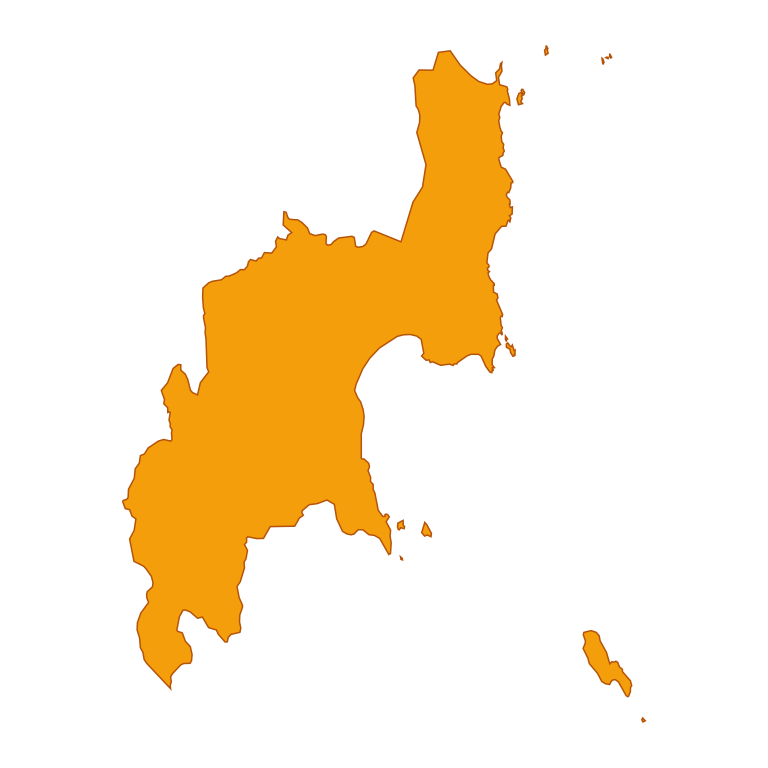 Quy Nhon, Bình Định, Vietnam (Natural Earth projection)
{"feature_id": "81297802B6190272756602", "entity_name": "Quy Nhon", "entity_type": "district", "adm_level": 2, "iso_a3": "VNM", "parent_name": "Vietnam", "parent_adm1": "Bình Định", "projection": "natural_earth1", "projection_center": [109.246, 13.749], "detail": "fine", "context": "isolated", "style": "filled", "palette": "amber", "viewbox_px": 768, "rotation_deg": 0, "n_neighbors": 0, "source": "geoboundaries", "source_scale": "gbopen_adm2", "svg_char_len": 6055}
<svg xmlns="http://www.w3.org/2000/svg" viewBox="0 0 768 768"><path d="M438.4,52.4L433.0,70.2L419.0,70.0L413.2,78.0L414.9,85.7L416.1,105.9L418.3,109.5L419.8,114.9L419.6,122.4L416.8,132.5L426.0,164.6L422.5,187.1L413.0,202.1L401.0,241.8L374.0,230.9L371.5,232.5L365.9,244.2L362.7,246.5L358.2,247.3L355.7,246.3L354.2,237.4L351.9,236.3L338.7,238.0L334.1,241.2L331.0,244.6L327.7,245.2L326.0,243.6L326.4,236.5L325.3,234.7L322.6,234.1L315.1,235.6L309.7,233.6L307.5,228.0L301.9,222.5L297.8,219.9L289.6,219.3L287.9,217.5L286.1,212.3L283.9,211.7L283.2,225.0L291.7,232.6L288.0,235.1L286.4,239.9L279.6,238.6L277.7,237.0L275.6,241.2L276.4,246.8L271.7,253.1L264.4,252.6L261.6,257.9L258.5,258.2L256.1,261.1L250.5,259.5L248.5,261.8L247.4,266.2L244.3,269.7L240.4,269.6L236.4,272.9L228.6,276.3L225.9,276.2L221.4,279.8L212.3,281.3L208.6,282.9L203.0,288.0L202.6,296.7L203.4,308.0L204.9,313.6L203.6,315.4L203.5,317.6L205.5,327.6L205.1,332.8L206.0,338.7L207.0,367.5L208.7,371.9L200.4,382.6L197.5,394.9L192.5,392.6L190.4,390.0L187.8,379.7L185.2,374.0L180.8,370.2L180.8,364.7L178.0,364.5L173.1,368.5L167.6,382.8L161.3,390.4L164.5,399.5L163.8,403.8L167.7,407.7L167.8,412.5L169.6,411.8L170.2,412.5L169.0,420.2L170.2,423.2L170.2,427.0L172.1,429.9L171.5,433.2L172.0,439.4L171.0,441.1L163.5,439.5L158.4,441.1L148.2,447.9L144.4,454.0L140.4,455.6L139.3,463.1L135.2,468.8L134.3,478.3L128.5,489.2L128.1,497.6L126.5,499.5L123.4,500.3L122.7,501.6L125.3,508.7L129.6,509.6L132.0,516.1L135.9,518.9L134.1,530.6L129.6,539.0L134.0,561.4L143.5,566.1L146.1,568.9L151.4,576.4L153.0,582.6L152.5,586.8L147.3,591.6L146.6,594.3L146.9,598.1L148.6,602.4L140.8,613.1L137.4,622.7L137.1,629.9L139.6,638.0L140.4,647.7L142.9,652.4L144.2,659.6L146.7,663.3L170.6,688.7L170.2,685.6L171.3,681.8L170.6,677.0L172.3,673.9L180.7,664.9L183.7,663.5L190.1,663.3L191.5,660.7L192.1,654.7L190.3,646.6L185.4,641.3L182.3,632.9L177.8,631.4L176.8,630.1L179.4,616.8L182.8,610.4L185.2,609.9L190.3,611.9L197.5,618.2L202.4,617.1L208.6,627.6L216.4,630.0L218.2,634.1L225.1,642.0L227.3,641.8L228.3,637.3L231.0,634.4L239.9,632.3L240.8,628.2L239.5,621.8L239.8,614.9L242.5,607.2L242.4,605.0L239.2,597.8L237.0,586.5L240.3,581.6L244.5,567.8L244.0,562.3L246.0,558.8L247.5,550.3L244.5,544.6L246.6,542.1L246.6,537.8L247.8,536.8L256.8,538.6L263.5,538.4L270.2,526.6L294.7,526.2L299.4,518.0L303.3,515.3L301.8,512.4L302.3,510.6L309.2,504.7L317.4,503.6L327.0,500.0L334.3,504.3L336.7,518.8L342.5,531.3L346.8,533.9L351.1,534.8L354.1,534.0L358.1,529.8L362.9,529.8L368.9,534.7L374.4,535.4L379.7,538.4L388.8,554.5L390.5,553.5L391.2,543.0L390.1,536.1L390.6,530.1L386.1,521.7L389.3,516.9L387.6,514.6L386.0,514.1L385.0,514.5L385.1,516.4L382.7,516.4L378.2,510.2L374.9,493.1L373.1,489.4L373.2,484.5L370.5,481.5L370.6,477.3L368.0,470.7L369.5,466.7L368.7,463.3L364.1,459.0L361.7,458.9L361.3,458.1L361.3,433.8L363.5,424.6L364.1,416.2L363.1,409.5L360.6,401.8L357.8,398.0L354.6,390.6L356.1,384.3L362.7,368.9L369.7,358.3L379.3,348.1L397.2,336.4L403.3,334.8L410.4,334.5L416.9,336.1L421.2,339.4L423.8,353.3L421.6,356.0L426.0,360.2L429.3,360.0L430.2,362.5L432.6,361.8L440.7,365.3L449.5,364.1L453.1,365.5L454.2,363.8L456.9,364.0L457.3,362.7L467.0,355.9L471.1,354.3L478.5,354.3L481.1,356.1L485.7,366.3L489.8,372.0L491.8,372.7L492.3,369.7L493.5,370.8L492.4,367.8L494.4,367.6L492.2,364.9L492.2,359.1L493.8,356.1L495.0,349.7L497.7,346.1L500.6,344.5L497.2,338.4L497.2,336.1L499.0,333.3L500.3,333.0L501.8,334.7L502.3,334.2L502.0,332.1L501.0,331.4L502.4,327.6L501.1,325.3L500.3,317.7L501.3,316.0L502.2,316.4L502.6,314.5L496.5,300.1L497.9,297.9L497.2,294.0L493.5,292.1L493.4,285.4L494.3,285.3L494.2,283.6L490.6,279.8L488.6,275.9L488.1,272.9L489.5,271.6L487.7,270.3L487.5,268.0L488.9,267.1L489.0,265.5L486.9,262.7L488.0,253.0L491.5,249.0L495.1,234.0L501.5,226.4L506.0,226.2L508.0,220.6L509.4,220.0L509.4,221.2L509.9,221.8L510.8,217.8L509.4,215.8L512.1,214.1L512.4,206.9L510.3,207.6L509.3,204.2L510.2,204.0L509.9,200.0L506.8,196.7L506.4,194.3L507.8,192.1L508.8,192.6L510.7,187.9L511.1,182.9L512.7,182.6L512.8,181.4L505.5,169.1L501.2,167.2L498.8,159.2L499.0,157.6L503.0,155.2L503.0,153.2L504.3,151.1L503.1,147.7L503.7,144.3L501.8,141.7L501.2,136.3L502.5,132.6L501.2,131.3L499.9,127.3L498.7,121.0L499.8,117.4L498.8,114.2L501.2,106.3L504.0,102.7L505.5,102.4L506.9,104.1L509.9,105.3L509.4,98.9L507.2,90.7L507.8,89.6L506.9,86.9L499.6,84.7L498.5,77.3L502.0,71.1L501.4,66.0L501.9,62.4L500.5,63.7L499.6,68.8L495.7,72.9L496.7,80.6L492.4,83.8L487.4,84.3L478.8,81.5L470.9,75.7L460.2,65.1L450.2,50.8L438.4,52.4ZM591.2,630.6L583.9,632.4L583.3,634.7L585.4,640.8L585.2,643.4L583.1,648.4L587.9,658.2L589.3,663.6L597.5,673.3L601.7,681.4L605.3,683.7L609.6,684.5L611.3,681.2L613.2,679.8L615.4,679.7L618.5,682.0L626.2,695.7L627.8,696.7L628.6,696.2L630.4,691.6L630.5,687.5L631.7,685.7L630.4,680.8L622.5,671.7L622.4,669.3L619.5,667.0L617.7,662.3L615.9,661.2L614.1,662.1L611.9,661.7L609.8,663.9L606.5,652.5L600.1,640.8L599.2,635.8L596.3,632.4L591.2,630.6ZM431.0,536.7L431.4,533.3L427.0,525.0L424.8,522.4L421.7,532.6L424.6,536.1L427.2,535.0L431.0,536.7ZM510.3,346.5L507.8,342.9L506.4,343.8L506.4,347.2L509.9,349.2L510.7,352.7L512.8,356.2L513.8,356.2L514.4,354.7L514.9,355.9L515.1,350.0L514.1,350.5L512.3,345.0L511.4,346.6L510.3,346.5ZM403.2,525.0L403.1,520.4L397.9,523.1L397.5,526.9L398.3,529.5L399.3,529.8L400.8,527.7L404.1,528.7L404.6,526.7L403.2,525.0ZM522.9,95.4L521.0,92.6L518.9,93.4L516.9,99.0L518.5,104.7L522.5,103.6L520.7,101.5L522.3,98.7L521.4,96.0L522.9,95.4ZM546.9,48.1L547.1,46.7L546.2,46.1L545.7,49.1L544.6,50.2L545.4,55.1L548.1,53.3L547.3,50.0L547.9,48.4L546.9,48.1ZM524.1,94.2L524.6,92.5L522.7,89.3L521.8,89.4L521.1,90.4L522.0,92.7L524.1,94.2ZM642.8,721.9L645.3,720.8L642.7,718.0L641.8,719.7L642.8,721.9ZM507.6,339.0L505.5,336.1L505.4,339.4L506.5,341.6L506.5,339.8L507.6,339.0ZM604.0,62.1L602.9,59.0L602.0,58.3L602.7,63.7L603.4,63.9L604.0,62.1ZM402.5,559.9L402.2,558.3L400.5,556.8L401.0,559.4L402.5,559.9ZM611.6,57.5L610.1,54.3L609.7,54.2L609.7,56.8L610.7,58.0L611.6,57.5ZM608.3,57.4L606.8,57.1L605.8,57.6L608.0,58.7L608.3,57.4Z" fill="#f59e0b" stroke="#b45309" stroke-width="1.5"/></svg>